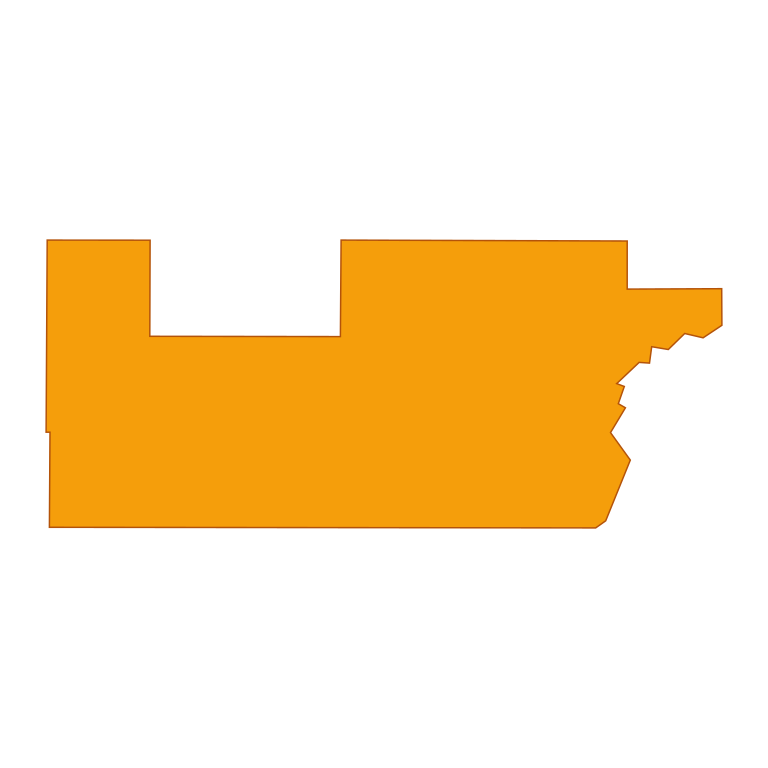 outline of Sibley, Minnesota, United States of America
{"feature_id": "52423323B33552570255615", "entity_name": "Sibley", "entity_type": "district", "adm_level": 2, "iso_a3": "USA", "parent_name": "United States of America", "parent_adm1": "Minnesota", "projection": "albers", "projection_center": [-94.075, 44.587], "detail": "fine", "context": "isolated", "style": "filled", "palette": "amber", "viewbox_px": 768, "rotation_deg": 0, "n_neighbors": 0, "source": "geoboundaries", "source_scale": "gbopen_adm2", "svg_char_len": 464}
<svg xmlns="http://www.w3.org/2000/svg" viewBox="0 0 768 768"><path d="M150.1,240.2L47.2,240.1L46.1,432.2L50.0,432.2L49.4,527.3L595.7,527.9L605.7,520.8L630.3,460.1L610.5,432.6L625.4,407.8L618.3,403.7L624.3,386.5L616.7,383.6L639.1,362.4L649.5,363.1L651.7,346.7L668.3,349.5L684.7,333.5L703.1,337.8L721.9,325.3L721.7,288.7L627.2,289.1L627.2,241.0L531.8,240.7L341.1,240.1L340.4,336.6L149.8,336.3L150.1,240.2Z" fill="#f59e0b" stroke="#b45309" stroke-width="1.5"/></svg>